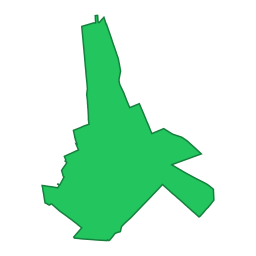 Zeist, Utrecht, Netherlands (Albers equal-area conic projection)
{"feature_id": "6326949B68881677079374", "entity_name": "Zeist", "entity_type": "district", "adm_level": 2, "iso_a3": "NLD", "parent_name": "Netherlands", "parent_adm1": "Utrecht", "projection": "albers", "projection_center": [5.247, 52.115], "detail": "fine", "context": "isolated", "style": "filled", "palette": "green", "viewbox_px": 256, "rotation_deg": 0, "n_neighbors": 0, "source": "geoboundaries", "source_scale": "gbopen_adm2", "svg_char_len": 5254}
<svg xmlns="http://www.w3.org/2000/svg" viewBox="0 0 256 256"><path d="M181.7,137.2L174.2,134.7L173.3,134.4L172.5,134.1L163.7,128.6L162.3,129.2L161.2,129.7L158.8,130.7L155.4,132.1L151.9,133.6L150.2,129.7L149.7,128.4L148.9,126.4L146.2,120.1L145.4,118.0L144.6,116.2L143.8,114.2L139.3,103.7L129.7,107.6L128.0,103.6L126.6,100.3L125.2,96.6L124.2,94.0L123.9,93.2L123.6,92.5L120.3,85.7L119.7,84.3L119.6,83.9L119.4,82.8L119.2,81.7L119.0,80.5L118.9,80.0L119.2,78.5L119.6,76.2L119.9,74.6L120.0,74.0L120.6,71.2L120.4,70.0L119.9,67.3L119.3,63.9L119.2,63.4L119.0,62.6L118.8,61.4L118.7,61.2L118.6,60.3L118.3,58.8L117.6,56.6L117.4,56.1L117.3,55.8L117.1,55.5L116.9,54.8L116.8,54.5L116.7,54.1L116.4,53.2L114.5,47.6L113.2,44.0L111.7,39.4L111.5,38.7L109.5,32.9L106.5,24.3L106.2,24.4L105.8,23.3L105.4,21.9L104.7,19.7L103.9,17.3L103.1,18.2L102.1,19.2L99.8,21.8L99.0,22.6L98.2,22.3L97.9,19.9L97.9,19.6L97.8,17.4L97.6,15.4L97.0,15.4L95.5,15.6L95.2,15.7L95.3,16.2L95.4,18.2L95.4,18.3L95.4,19.3L95.6,21.9L95.6,22.2L95.6,22.7L95.6,22.9L94.9,22.9L94.3,22.9L94.1,22.9L93.6,22.9L93.3,23.0L91.6,23.5L87.6,24.7L85.2,25.4L84.8,25.5L82.2,26.3L81.8,26.4L81.9,28.2L82.1,30.1L82.1,30.3L82.1,30.5L82.3,31.9L82.3,32.5L82.4,33.9L82.5,34.3L82.5,34.5L82.6,35.2L82.6,36.1L82.9,38.6L83.0,39.8L83.1,41.1L83.5,45.4L83.6,46.4L83.6,46.8L83.7,47.5L83.9,49.5L84.0,50.4L84.0,50.7L84.2,53.2L84.3,53.7L84.4,55.0L85.0,61.7L85.0,62.1L85.1,62.8L85.1,63.4L85.5,67.8L85.6,68.8L85.7,69.6L85.8,70.5L85.9,72.3L86.2,75.6L86.6,79.9L86.9,82.4L87.0,83.6L87.2,86.6L87.3,87.7L87.4,88.6L86.7,94.5L86.8,95.6L87.0,96.7L87.1,98.0L87.2,98.7L87.4,100.0L87.5,102.3L87.6,104.0L87.8,106.1L87.8,106.5L87.8,107.3L88.0,108.8L88.2,112.5L88.3,114.0L88.3,114.8L88.4,116.1L88.4,119.3L88.6,121.3L89.0,124.2L86.5,125.1L84.6,125.8L83.4,126.2L82.6,126.6L80.0,127.8L76.7,129.1L74.7,129.9L73.4,130.4L74.7,136.3L74.7,136.5L74.7,137.2L74.7,137.4L74.8,137.6L74.9,137.8L75.1,138.1L75.2,138.3L75.3,138.5L75.4,138.9L75.3,139.1L75.4,139.5L75.5,140.0L76.2,141.7L76.5,142.6L76.8,143.4L77.0,144.0L76.5,143.9L75.9,143.7L76.7,145.7L77.2,146.8L78.5,149.9L64.9,156.1L64.4,156.2L64.3,156.3L65.1,158.2L65.4,159.0L65.8,159.9L65.1,161.1L66.7,162.3L66.5,162.7L66.4,163.0L66.2,163.7L64.3,166.4L63.6,167.3L61.6,170.4L61.8,170.9L61.9,171.5L62.1,172.1L63.1,175.8L63.4,176.3L63.6,176.6L63.8,176.8L64.0,177.0L59.9,184.8L57.8,184.0L57.7,184.2L59.3,185.1L57.8,187.8L57.6,187.8L56.1,187.5L55.3,187.4L54.6,187.3L52.4,186.9L51.4,186.8L48.9,186.4L48.4,186.4L47.3,186.2L46.4,186.1L46.2,186.1L45.9,186.0L44.2,185.7L43.3,185.6L43.1,185.6L42.1,185.5L42.4,186.9L42.6,187.8L42.7,188.3L43.0,190.5L43.1,191.2L43.6,193.7L44.4,199.0L45.1,202.9L45.5,203.1L46.7,203.6L47.1,203.7L47.2,203.8L47.3,204.0L47.7,204.3L48.1,204.5L48.4,204.7L48.7,204.8L48.9,204.9L49.2,204.9L49.4,204.8L49.7,205.0L49.8,204.9L50.2,204.5L50.3,204.4L50.8,204.1L51.1,203.9L51.3,203.9L51.5,203.9L51.7,204.0L55.8,207.6L56.7,208.4L57.6,209.2L58.3,209.8L58.8,210.3L59.8,211.1L60.3,211.5L63.2,213.6L65.5,215.2L66.1,215.7L66.6,216.0L69.6,218.3L71.0,219.3L71.3,219.5L71.5,219.7L72.3,220.2L72.8,220.7L74.2,221.8L77.7,224.4L77.6,224.5L80.0,226.4L81.3,227.5L81.7,227.8L78.4,231.7L77.6,232.6L73.7,237.1L74.0,237.6L74.3,237.9L74.5,238.1L78.8,238.5L79.7,238.6L81.0,238.8L83.5,239.0L91.0,239.5L93.6,239.7L93.6,239.8L93.6,239.7L93.8,239.7L94.3,239.8L96.9,240.0L100.5,240.2L101.6,240.3L101.8,240.3L102.5,240.3L107.0,240.6L107.5,239.9L107.7,240.0L107.8,240.1L108.8,240.6L109.1,240.3L109.2,240.2L109.3,240.3L109.6,240.1L109.9,239.9L110.0,239.9L110.1,239.7L110.4,239.3L110.8,238.8L111.2,238.3L111.9,237.5L112.3,237.0L112.6,236.6L114.3,234.4L114.7,233.9L115.0,233.6L115.2,233.4L115.9,233.1L116.3,232.9L117.1,232.6L118.3,232.2L118.5,232.1L119.2,232.0L120.0,231.8L120.2,231.7L120.3,231.6L120.4,231.4L120.5,231.2L120.9,229.2L121.0,228.6L121.2,228.0L121.3,227.7L121.4,227.2L121.5,226.9L121.7,226.6L122.1,225.9L123.4,224.6L124.1,223.9L124.9,223.1L125.4,222.6L126.3,221.8L126.6,221.5L127.4,220.8L130.5,218.0L131.2,217.3L142.8,205.2L145.7,202.2L145.9,202.0L146.0,201.9L158.7,188.6L162.5,184.5L167.4,188.9L169.0,190.3L170.9,192.1L173.4,194.3L174.4,195.0L176.5,196.9L177.8,198.1L179.2,199.2L179.7,199.7L180.6,200.4L180.8,200.7L181.8,201.5L182.1,201.8L183.0,202.6L184.9,204.4L187.3,206.5L187.8,207.0L189.6,208.5L190.1,209.0L191.8,210.6L193.9,212.4L195.1,213.4L195.3,213.6L195.7,214.0L196.2,214.4L198.2,216.2L198.4,216.4L198.4,216.5L198.5,216.6L198.9,216.9L199.0,216.9L199.0,216.7L199.7,216.4L199.9,216.3L200.0,216.2L200.4,216.0L200.5,215.9L200.6,215.7L200.9,215.3L201.3,214.9L201.6,214.6L201.7,214.4L201.8,214.3L201.9,214.2L203.2,212.8L203.8,212.1L204.0,211.9L204.4,211.4L205.1,210.5L205.8,209.7L206.0,209.4L206.3,209.1L206.7,208.7L207.2,208.3L207.7,207.8L208.0,207.5L208.1,207.4L208.3,207.2L208.6,206.7L208.8,206.4L209.2,206.0L209.3,205.9L210.4,204.6L212.0,202.5L213.9,200.1L213.5,191.6L213.4,189.3L213.1,189.0L209.2,185.8L207.5,184.6L206.9,184.2L202.7,181.9L199.2,180.2L196.1,178.6L194.6,177.8L185.3,172.8L184.8,172.5L183.1,171.5L177.5,168.2L173.8,166.0L171.7,164.8L171.8,164.7L172.0,164.6L173.2,164.2L173.3,164.1L173.5,164.0L175.1,163.5L175.7,163.3L176.1,163.1L180.7,161.4L181.9,161.0L183.2,160.5L201.3,153.9L196.2,149.1L190.1,143.6L188.6,142.2L186.9,140.7L183.4,138.3L181.7,137.2Z" fill="#22c55e" stroke="#15803d" stroke-width="1.5"/></svg>